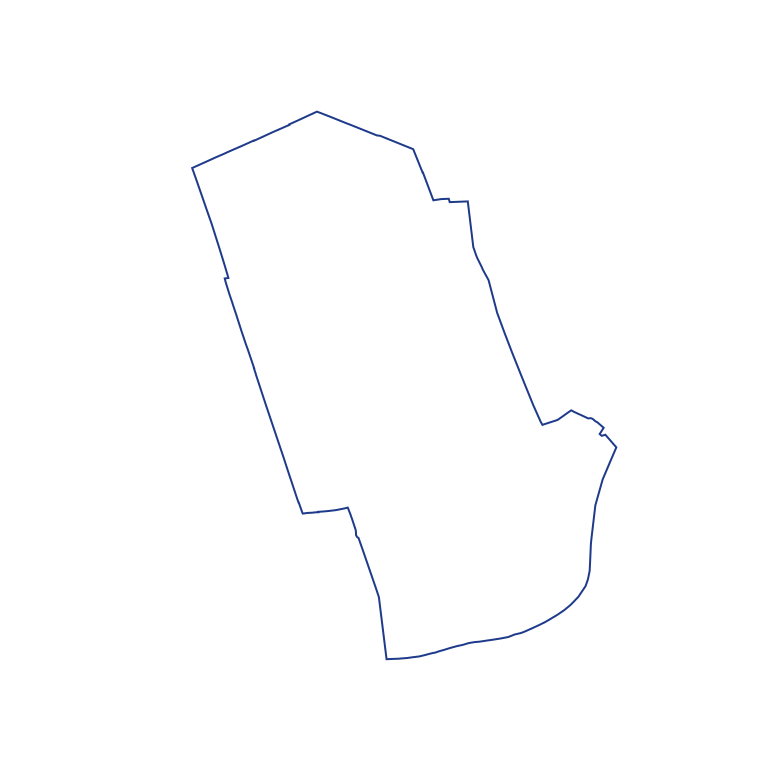 Tichilesti, Braila, Romania (Natural Earth projection), rotated 47°
{"feature_id": "2599482B652053603883", "entity_name": "Tichilesti", "entity_type": "district", "adm_level": 2, "iso_a3": "ROU", "parent_name": "Romania", "parent_adm1": "Braila", "projection": "natural_earth1", "projection_center": [27.899, 45.141], "detail": "fine", "context": "isolated", "style": "outline", "palette": "blue", "viewbox_px": 768, "rotation_deg": 47, "n_neighbors": 0, "source": "geoboundaries", "source_scale": "gbopen_adm2", "svg_char_len": 2336}
<svg xmlns="http://www.w3.org/2000/svg" viewBox="0 0 768 768"><g transform="rotate(47 384 384)"><path d="M587.0,569.8L591.8,564.2L593.2,562.6L594.6,561.0L596.8,558.2L600.0,554.2L603.6,549.1L607.3,544.0L609.9,539.4L612.2,535.1L614.0,531.8L615.3,529.9L617.1,525.9L619.5,521.2L622.3,515.4L624.3,511.6L625.5,509.3L627.4,506.2L629.0,503.4L630.9,499.4L632.5,496.8L634.8,493.4L637.2,490.4L639.3,487.4L642.3,483.0L644.7,479.6L649.5,472.5L653.9,465.5L656.3,459.3L659.4,453.9L660.8,450.6L663.9,441.6L666.0,435.2L668.0,428.5L670.9,415.4L672.3,406.5L672.8,397.9L672.2,387.0L670.5,379.7L669.3,374.5L665.9,368.0L660.9,361.0L653.9,353.8L642.1,341.8L638.6,337.8L627.5,324.7L616.9,312.2L606.4,294.9L602.9,289.1L595.8,273.2L588.8,257.3L574.7,256.8L572.1,256.7L570.4,260.1L567.7,260.4L565.8,253.2L557.4,254.1L556.2,254.6L555.2,254.8L553.4,255.0L551.9,255.2L550.6,255.7L549.7,256.4L548.5,258.1L534.3,263.9L531.0,265.0L530.3,269.3L528.7,281.5L521.9,296.0L518.2,295.1L517.4,294.8L501.1,289.2L471.3,277.8L448.2,268.8L428.9,261.0L409.1,252.7L398.9,247.2L379.4,236.7L368.0,233.8L364.6,232.6L355.2,229.8L352.2,228.6L346.6,226.1L344.9,225.4L307.6,198.2L295.8,211.9L292.7,210.3L287.9,215.9L283.3,222.6L255.9,211.3L255.8,211.6L255.0,211.3L232.2,202.5L199.6,217.7L197.5,219.6L181.5,227.1L171.7,231.7L167.2,233.9L154.4,239.9L151.4,241.3L141.7,246.0L139.1,247.3L138.4,249.3L131.8,269.4L129.5,276.2L130.0,276.4L123.8,294.0L117.5,313.1L117.2,313.0L114.9,319.8L113.0,325.4L109.2,336.1L107.5,341.0L106.7,343.5L103.7,351.9L95.2,377.0L106.7,382.0L124.8,390.0L135.8,394.9L149.5,400.9L173.9,412.5L186.7,418.7L186.9,418.8L199.2,424.9L200.3,425.5L198.2,428.5L200.9,430.0L203.3,431.2L208.3,433.6L213.3,436.0L220.2,439.1L222.5,440.2L233.4,445.2L240.6,448.6L247.8,452.0L261.0,458.0L266.2,460.2L272.6,463.1L283.9,468.2L283.8,468.4L289.2,470.9L290.3,471.5L319.5,485.0L345.3,496.7L361.8,504.2L367.8,506.9L386.1,515.4L393.4,518.7L397.7,520.7L402.1,522.7L406.4,524.7L409.7,526.2L412.5,527.4L412.6,527.2L419.7,530.3L421.5,531.1L423.3,531.8L424.0,530.9L426.2,527.8L429.3,524.1L430.9,521.9L433.0,519.5L432.6,519.3L436.1,515.0L439.1,511.1L443.3,505.4L448.2,497.5L449.7,494.8L455.8,497.2L461.1,499.5L471.7,504.4L474.1,506.3L475.4,507.5L477.5,508.0L479.4,507.7L489.0,511.9L503.4,518.3L521.6,526.4L529.0,529.7L536.4,533.1L587.0,569.8Z" fill="none" stroke="#1e3a8a" stroke-width="2"/></g></svg>